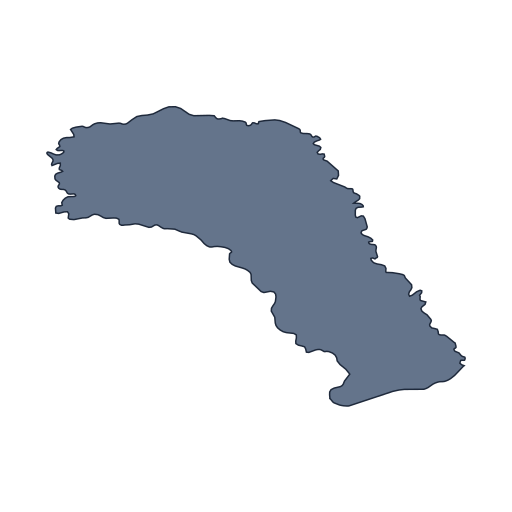 SVG path tracing the border of Misiones, rotated 274°
{"feature_id": "ARG-1312", "entity_name": "Misiones", "entity_type": "Province", "adm_level": 1, "iso_a3": "ARG", "parent_name": "Argentina", "parent_adm1": "", "projection": "equal_earth", "projection_center": [-54.653, -26.821], "detail": "fine", "context": "isolated", "style": "filled", "palette": "slate", "viewbox_px": 512, "rotation_deg": 274, "n_neighbors": 0, "source": "natural_earth", "source_scale": "10m", "svg_char_len": 5944}
<svg xmlns="http://www.w3.org/2000/svg" viewBox="0 0 512 512"><g transform="rotate(274 256 256)"><path d="M285.1,66.3L287.0,64.8L286.6,61.5L284.7,56.2L284.9,53.3L289.8,52.6L291.6,53.3L292.3,55.3L292.4,57.7L293.2,59.2L295.7,58.5L298.2,59.7L300.4,61.7L302.0,64.3L302.4,67.8L302.5,69.3L302.8,71.1L303.6,72.0L304.8,71.4L305.3,70.0L304.8,66.5L304.8,64.8L305.5,63.5L307.8,61.9L308.7,60.7L309.0,59.1L308.9,57.5L309.0,55.9L309.9,54.4L311.1,53.7L312.1,53.8L314.2,54.9L315.5,54.6L317.6,51.2L318.9,50.1L321.7,49.7L323.5,50.4L324.8,52.3L326.1,55.8L327.0,57.2L327.8,56.3L328.5,53.8L329.5,53.6L330.3,53.7L332.6,54.5L335.0,54.3L334.5,51.4L332.0,46.2L333.0,45.7L334.2,45.9L336.6,46.9L338.1,46.7L339.4,45.7L342.6,41.2L343.4,40.5L344.1,40.2L344.7,40.4L345.2,41.2L344.6,44.3L343.6,46.9L342.9,49.6L343.2,52.8L343.9,54.3L345.0,55.9L346.2,57.0L347.3,57.0L347.8,55.9L347.7,54.1L347.4,52.3L347.4,50.7L348.2,49.3L349.4,50.1L351.5,52.7L353.0,52.3L353.8,51.6L354.6,51.3L356.3,51.7L358.6,53.4L360.1,55.7L360.9,58.6L361.2,62.0L362.2,66.2L364.6,65.7L369.3,62.2L370.7,63.9L372.0,67.5L373.3,73.5L373.1,74.8L372.6,76.0L372.2,77.5L372.5,79.6L373.2,81.3L375.6,84.1L376.6,85.7L377.7,88.7L378.1,91.7L377.5,101.2L379.0,110.0L378.9,111.7L378.4,113.1L378.2,114.6L378.5,116.7L379.4,118.4L383.4,122.9L386.8,127.4L388.2,132.4L389.0,137.8L390.6,143.5L396.5,153.5L398.7,158.6L399.3,165.2L397.9,170.6L392.7,179.4L391.6,184.2L393.0,199.4L393.0,204.4L393.0,204.5L391.2,206.2L390.3,207.4L390.0,208.5L390.2,210.1L390.6,211.8L391.1,212.8L391.2,212.3L390.9,215.1L389.3,220.8L389.2,223.8L389.8,230.0L389.6,233.0L388.8,236.0L387.9,236.9L386.7,237.1L385.7,237.6L385.4,239.3L386.0,241.3L387.0,242.3L388.0,242.8L388.6,243.3L388.7,245.0L387.9,247.2L388.0,248.9L388.4,249.2L389.8,249.3L390.3,249.6L391.7,255.6L393.1,265.3L392.8,270.2L391.3,276.1L386.0,289.7L385.4,290.7L384.6,291.3L382.6,291.6L382.0,292.1L381.5,294.3L381.7,298.9L381.5,301.1L380.9,302.2L379.1,303.5L378.6,304.4L378.7,305.6L379.8,307.1L379.7,308.5L378.4,311.2L377.0,312.3L376.2,311.4L375.1,308.7L373.7,306.2L372.1,305.3L371.1,306.4L370.0,311.5L368.8,313.1L366.8,312.7L365.2,311.0L363.7,309.8L362.1,310.8L361.9,312.9L362.5,315.1L362.4,316.9L360.0,317.6L359.2,317.3L358.7,316.7L358.1,316.2L357.1,316.3L356.4,317.3L355.6,320.3L346.6,332.1L342.2,332.7L338.5,331.2L338.8,327.6L337.7,326.5L336.3,325.3L334.7,328.1L331.2,339.3L330.7,340.5L330.0,341.5L329.6,342.9L329.8,346.2L329.6,347.6L328.7,348.1L327.3,348.3L326.0,348.9L325.4,350.4L325.1,351.8L324.3,353.3L323.5,354.7L322.9,355.3L320.4,355.4L318.7,353.9L317.2,351.7L315.5,349.8L315.7,355.0L315.5,356.5L314.7,358.2L313.6,359.4L312.6,359.6L312.2,358.2L311.7,354.4L310.5,352.5L308.6,351.9L303.7,352.2L301.8,352.8L301.3,354.5L303.4,358.2L303.3,360.3L300.8,362.1L292.9,364.9L291.8,364.8L290.5,364.2L290.0,363.3L288.8,360.4L288.4,359.8L287.5,359.5L286.8,359.2L286.2,359.3L285.1,360.3L284.2,361.8L283.7,363.5L283.0,366.4L281.7,369.4L280.1,371.3L278.7,371.1L278.1,368.1L277.7,367.4L276.8,367.6L276.0,368.5L275.6,370.3L275.6,372.5L275.5,373.7L275.0,374.5L273.9,375.3L272.8,375.5L270.1,375.2L268.9,375.3L263.8,377.3L263.0,377.0L262.8,376.7L262.1,375.5L261.8,375.3L261.4,374.9L261.6,374.1L262.0,373.2L262.2,372.5L261.6,370.7L260.0,371.2L258.3,372.8L257.3,374.3L256.5,377.5L256.1,381.6L255.1,385.1L252.7,386.5L249.7,386.5L248.7,387.0L248.9,393.1L248.3,400.1L247.7,403.7L246.9,405.3L244.5,406.5L238.2,413.2L235.3,413.7L233.0,412.8L231.0,411.5L228.6,410.9L226.6,412.0L227.8,414.6L231.5,418.7L233.3,422.1L232.8,423.8L230.9,423.8L228.2,421.9L227.0,422.6L224.3,422.6L223.2,423.1L222.9,424.1L222.0,428.6L219.5,428.0L216.8,425.0L214.9,424.2L212.5,425.4L210.7,428.0L209.3,430.7L204.9,434.9L203.7,435.4L202.4,435.1L199.9,434.0L198.4,434.2L196.5,436.3L196.1,439.3L195.5,442.0L193.0,443.1L191.7,443.2L190.8,443.6L190.3,444.4L190.1,445.9L190.3,449.3L190.0,450.2L189.2,451.8L183.8,459.4L183.1,460.7L180.2,461.7L178.9,461.9L178.1,461.4L177.6,460.4L176.8,459.9L175.2,460.7L174.7,461.5L173.5,465.2L172.9,465.8L171.4,467.2L170.7,468.0L170.1,469.3L169.9,470.5L169.5,471.5L168.1,471.8L166.6,471.3L166.4,470.0L166.4,468.5L166.1,467.5L163.3,466.8L161.8,468.9L161.1,471.3L161.0,471.2L160.7,470.7L151.0,462.7L147.2,458.6L145.6,456.2L144.7,454.4L144.0,452.6L143.7,450.9L143.4,447.9L142.8,445.9L141.7,443.4L140.5,441.4L136.7,436.7L135.6,434.7L134.8,432.8L134.2,425.1L133.3,413.3L132.3,408.0L130.5,401.9L112.9,359.1L112.7,357.4L112.7,353.7L112.9,351.6L113.2,349.7L114.9,344.3L115.1,343.8L115.8,342.8L119.0,339.8L119.0,339.6L119.7,339.6L122.6,339.1L125.5,339.0L127.9,340.2L129.7,343.2L131.6,349.3L132.7,350.9L134.1,351.9L137.4,353.0L144.7,357.8L149.3,353.5L153.6,347.4L157.0,344.3L160.0,343.6L162.6,341.9L164.5,339.1L165.7,335.4L165.8,333.1L165.5,331.8L165.4,330.7L167.0,327.4L167.2,325.7L167.0,324.0L166.5,322.1L163.5,315.4L163.6,313.0L166.8,312.0L168.8,310.8L169.5,307.8L170.0,304.5L171.4,301.9L173.8,301.6L177.2,302.0L180.1,301.7L181.4,299.1L181.7,291.6L182.4,288.3L183.9,285.2L185.9,282.5L188.1,280.8L190.5,279.9L196.2,279.0L202.1,275.1L205.0,275.1L207.6,276.4L209.9,277.8L211.8,278.5L216.6,278.8L219.4,278.2L221.4,276.3L221.8,272.8L220.1,266.4L220.9,263.6L228.8,254.1L231.3,253.0L237.2,252.4L239.2,251.3L241.0,248.7L242.2,246.3L243.0,243.5L244.6,236.0L246.0,232.8L248.0,230.4L250.9,229.5L256.3,229.5L257.2,230.2L257.8,231.0L258.4,231.4L259.7,230.7L261.4,228.0L262.4,224.4L262.8,220.4L262.9,216.7L262.5,213.6L261.9,211.3L261.8,209.0L262.9,206.1L264.8,203.4L268.2,200.0L271.9,194.9L273.0,192.7L273.6,190.0L274.7,180.1L275.1,179.2L275.3,178.3L277.1,173.2L277.1,165.8L276.8,162.6L277.0,161.8L277.1,161.4L278.1,159.2L279.5,156.8L280.2,155.0L279.8,152.9L277.6,149.7L277.1,147.2L279.6,136.8L279.7,133.1L278.4,127.9L277.8,122.9L277.4,121.2L277.3,119.6L278.1,117.8L279.1,117.2L282.0,117.0L283.1,116.6L284.1,114.1L284.0,111.1L283.1,103.7L283.7,101.0L285.0,98.4L286.2,95.5L286.4,91.9L285.6,89.9L282.8,85.8L282.2,83.6L281.9,80.4L279.6,71.8L279.7,67.5L280.8,66.0L285.1,66.3Z" fill="#64748b" stroke="#1e293b" stroke-width="1.5"/></g></svg>